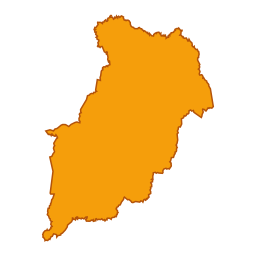 Ocú, Herrera, Panama (Equal Earth projection)
{"feature_id": "35544464B32201522330751", "entity_name": "Ocú", "entity_type": "district", "adm_level": 2, "iso_a3": "PAN", "parent_name": "Panama", "parent_adm1": "Herrera", "projection": "equal_earth", "projection_center": [-80.813, 7.919], "detail": "fine", "context": "isolated", "style": "filled", "palette": "amber", "viewbox_px": 256, "rotation_deg": 0, "n_neighbors": 0, "source": "geoboundaries", "source_scale": "gbopen_adm2", "svg_char_len": 5739}
<svg xmlns="http://www.w3.org/2000/svg" viewBox="0 0 256 256"><path d="M104.4,20.9L104.0,22.0L102.5,22.2L102.4,23.5L100.7,22.4L97.7,22.3L97.6,22.9L98.1,24.5L95.8,27.7L94.9,27.4L94.2,29.4L95.3,29.7L94.5,30.3L95.0,32.3L96.2,32.1L95.7,34.4L97.5,36.1L96.1,37.3L96.9,37.8L97.2,39.4L98.6,39.8L98.9,40.9L97.8,42.9L98.3,43.6L98.2,45.0L97.5,46.2L98.1,46.8L98.9,46.1L100.1,47.5L100.9,46.6L102.2,46.5L104.3,51.7L105.8,52.7L106.7,51.8L107.1,52.0L107.3,52.6L107.0,54.0L106.4,53.7L106.4,54.2L107.5,54.8L108.0,57.3L107.7,59.3L108.5,61.8L109.1,60.9L109.5,61.1L109.9,64.7L107.9,65.5L107.7,66.5L106.3,65.8L105.5,66.9L103.7,66.8L102.6,67.7L102.5,68.4L102.9,68.8L102.7,69.9L101.9,70.2L101.3,71.2L100.7,75.7L100.1,77.4L100.4,80.4L97.3,79.6L95.6,90.2L96.5,91.3L95.9,91.4L95.1,92.5L93.9,92.3L93.2,93.6L91.6,93.4L90.2,94.0L89.5,95.0L87.5,95.7L86.5,99.6L80.6,109.5L80.7,111.7L81.2,112.7L80.1,113.1L79.3,114.2L80.0,116.1L79.0,118.4L79.1,120.4L80.0,121.3L79.8,122.8L76.9,122.0L75.2,122.4L71.1,124.4L68.8,126.5L65.5,124.6L62.8,124.5L61.1,125.2L57.2,128.4L54.8,129.1L53.5,130.9L50.0,129.8L45.8,131.0L48.3,134.4L48.9,134.1L49.3,134.6L50.7,134.6L51.1,135.4L51.5,134.1L52.0,134.0L52.5,135.3L53.3,135.2L54.2,136.1L55.2,136.2L55.9,134.8L57.5,137.2L57.1,137.6L57.3,138.1L56.7,138.3L53.8,143.2L54.2,145.1L54.7,145.7L53.7,147.1L53.5,148.4L54.5,151.4L54.3,152.3L53.2,153.5L51.8,156.4L49.8,157.0L53.0,171.3L50.2,193.1L50.6,194.0L54.2,194.1L52.8,198.3L51.7,199.8L51.2,202.8L50.6,203.4L50.6,205.0L49.5,205.7L49.3,208.2L48.1,208.3L47.6,211.3L48.0,212.4L47.3,214.7L48.5,215.8L49.3,218.2L50.2,218.9L50.1,220.0L51.1,221.3L51.9,221.6L51.2,222.3L50.8,224.4L52.1,226.5L50.8,227.2L50.9,228.6L49.8,229.3L49.2,230.3L47.4,230.4L47.1,229.6L46.7,230.4L45.1,230.7L43.4,232.6L43.2,233.7L42.7,234.3L43.1,235.9L42.9,237.1L44.0,238.0L45.1,240.0L45.0,240.6L46.1,240.2L47.7,240.5L49.2,239.0L49.9,239.4L51.0,236.8L52.3,236.3L53.6,233.8L56.5,234.6L56.8,237.0L57.7,235.7L60.7,235.0L61.0,233.7L62.4,233.1L65.3,230.0L67.2,227.0L67.6,225.0L71.6,221.7L72.4,219.8L72.5,218.0L73.0,218.1L73.5,219.4L74.5,219.3L75.4,219.9L75.6,218.0L77.1,219.0L76.7,217.1L77.0,216.9L77.7,217.1L78.2,218.6L79.8,218.2L81.2,218.9L82.0,218.0L83.9,218.9L85.6,217.2L87.1,216.9L87.1,217.7L86.4,219.0L85.6,219.3L86.4,221.1L90.0,221.2L91.3,220.1L92.1,220.5L93.2,219.7L93.5,221.3L95.8,220.7L95.4,219.2L96.3,218.7L97.5,219.8L98.7,219.3L100.7,219.6L101.8,218.8L103.1,220.2L104.4,219.6L105.0,220.9L106.2,219.7L107.1,219.8L107.0,218.5L107.3,218.2L109.4,218.2L111.2,219.3L111.5,218.1L112.7,217.4L114.1,217.4L115.1,216.3L116.0,216.8L116.6,215.8L116.6,214.5L117.2,214.3L117.5,213.0L118.0,212.6L117.4,212.0L117.6,211.1L117.2,210.3L116.3,209.5L116.2,208.4L116.6,208.3L116.8,207.3L118.3,206.5L118.6,205.3L120.2,204.9L121.6,201.9L123.5,199.5L123.9,197.7L124.4,197.1L127.7,199.8L129.0,199.5L131.1,201.3L131.7,202.3L132.9,202.6L135.5,201.5L139.8,202.1L140.8,200.9L142.3,201.3L142.9,202.1L143.8,199.8L144.3,199.4L144.9,199.4L145.5,200.3L145.9,200.1L146.5,198.7L147.2,199.0L147.5,198.3L148.1,198.1L148.3,197.3L149.0,197.1L148.6,194.7L150.7,193.5L150.7,191.6L150.0,190.0L150.8,188.7L150.5,187.2L151.7,186.7L151.7,185.2L151.6,184.1L150.7,182.8L151.1,182.2L152.5,181.8L152.5,180.8L152.9,179.5L151.7,179.4L152.8,178.3L152.8,175.6L153.2,174.8L153.3,172.8L155.3,172.3L156.2,173.2L157.8,172.5L158.6,173.0L162.5,173.3L163.0,172.4L162.8,170.7L164.0,168.9L166.0,168.3L166.6,169.0L168.4,168.6L169.3,169.0L171.2,166.2L171.3,165.0L170.9,164.0L171.2,163.2L169.8,161.8L170.5,161.2L171.4,157.6L173.5,157.4L174.4,154.4L175.1,153.8L175.1,152.1L176.1,151.7L176.5,150.9L176.5,148.8L177.2,147.4L176.6,146.9L176.7,145.9L176.1,145.1L177.0,143.4L177.7,140.0L177.1,134.0L178.2,132.8L177.4,131.0L178.2,129.3L178.4,127.3L179.3,126.8L180.3,127.0L181.7,124.0L181.4,118.8L183.5,117.8L184.2,115.7L185.1,116.1L186.1,115.6L187.0,113.9L187.9,114.0L188.8,113.3L189.1,110.7L190.7,110.0L191.7,111.1L193.4,110.5L193.9,112.3L201.3,117.5L201.9,116.1L202.1,114.5L203.2,112.1L202.6,109.6L202.8,109.1L204.6,109.6L205.2,110.7L206.0,111.0L208.1,107.9L209.0,108.4L209.5,107.8L211.9,108.1L213.3,106.6L210.4,88.8L208.8,86.0L208.7,84.4L206.9,82.3L206.7,81.1L204.9,79.9L203.7,77.8L202.9,78.1L203.0,76.7L202.3,75.2L201.5,74.7L199.8,75.1L199.4,74.6L199.3,73.4L200.0,71.8L199.4,69.9L198.4,69.1L199.4,68.1L199.7,66.9L199.2,65.5L199.8,64.5L197.6,60.1L197.7,57.9L198.6,57.5L198.6,56.1L199.1,54.2L198.7,51.7L198.1,51.3L197.2,49.3L196.2,49.6L195.0,48.5L194.4,47.7L194.2,46.3L193.3,47.0L192.4,46.2L192.0,45.5L192.3,45.0L191.9,42.9L189.9,41.0L189.0,39.2L188.4,40.9L188.0,41.1L186.3,38.0L184.4,38.3L183.3,37.8L183.5,37.2L182.9,36.5L182.3,36.7L181.0,35.0L180.0,35.1L180.9,33.7L181.1,31.4L182.1,30.8L181.9,30.2L180.9,30.8L178.7,28.0L178.1,28.8L177.1,28.4L175.2,29.2L174.9,29.7L175.3,30.4L174.2,31.1L173.5,32.3L171.1,32.8L170.8,33.8L169.4,34.5L169.8,35.7L168.3,35.7L168.0,36.3L168.4,37.3L167.3,37.4L166.2,38.2L166.3,37.2L165.5,36.2L165.4,35.3L164.4,36.0L163.9,35.0L163.0,36.1L162.2,35.3L161.3,35.9L160.7,34.6L160.8,33.2L160.0,33.8L158.9,32.2L156.9,32.5L156.3,33.4L155.9,32.9L155.1,33.3L153.7,34.5L153.5,36.0L151.7,35.8L149.9,33.9L149.5,34.8L149.1,33.4L148.7,33.9L147.8,33.6L147.6,32.4L146.6,32.7L145.6,31.5L144.3,30.8L143.8,31.1L143.8,30.6L142.4,30.0L141.7,28.8L140.4,28.6L139.3,27.5L138.4,27.8L137.8,28.7L134.4,28.6L133.6,27.4L132.4,27.2L131.1,26.2L130.3,24.2L130.3,22.7L129.1,20.8L127.9,20.1L126.1,20.6L125.8,20.0L125.0,20.3L124.0,19.8L123.9,18.9L123.3,18.0L123.5,17.0L121.9,16.1L121.3,15.9L119.8,17.4L118.7,16.2L118.0,16.8L117.7,17.9L116.5,16.1L116.0,17.8L115.5,18.0L114.8,17.2L114.1,18.8L113.5,19.2L112.5,17.2L111.0,17.3L110.8,16.3L111.3,15.6L111.0,15.4L109.9,16.3L109.5,17.7L108.0,18.2L107.6,19.2L107.9,20.1L107.4,21.1L106.3,21.3L105.8,19.8L104.4,20.9Z" fill="#f59e0b" stroke="#b45309" stroke-width="1.5"/></svg>